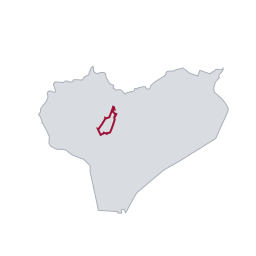 Samarra, Sala ad-Din, Iraq shown in context, rotated 289°
{"feature_id": "34846034B32095770002268", "entity_name": "Samarra", "entity_type": "district", "adm_level": 2, "iso_a3": "IRQ", "parent_name": "Iraq", "parent_adm1": "Sala ad-Din", "projection": "mercator", "projection_center": [43.854, 34.328], "detail": "fine", "context": "in_parent", "style": "outline", "palette": "rose", "viewbox_px": 256, "rotation_deg": 289, "n_neighbors": 0, "source": "geoboundaries", "source_scale": "gbopen_adm2", "svg_char_len": 4634}
<svg xmlns="http://www.w3.org/2000/svg" viewBox="0 0 256 256"><g transform="rotate(289 128 128)"><path d="M104.7,44.9L106.4,44.5L109.7,41.7L111.6,39.2L112.2,39.0L113.8,39.8L115.1,40.0L117.8,39.1L119.5,39.6L120.9,40.2L121.7,40.3L125.4,41.8L126.4,42.0L128.3,42.2L131.2,42.3L133.0,41.3L134.3,40.3L135.2,40.3L136.1,40.6L136.9,41.0L137.5,41.7L137.8,42.8L137.7,46.2L138.0,47.1L138.5,47.7L139.1,47.8L139.9,47.1L141.3,46.0L143.0,44.9L144.2,43.8L144.9,43.4L146.1,43.4L147.2,43.6L147.8,44.1L147.8,44.3L148.4,45.9L149.9,51.8L150.7,52.6L151.7,53.2L152.3,54.1L152.6,55.0L152.5,56.3L152.5,57.9L152.9,59.1L153.5,60.1L154.0,60.5L154.8,60.6L155.7,60.8L156.3,61.7L158.3,68.4L158.5,69.3L159.3,69.5L160.6,69.4L162.0,70.1L163.5,71.2L164.9,73.2L165.9,73.5L168.8,73.2L172.9,73.6L174.8,74.6L174.6,75.3L173.1,76.0L170.6,76.8L169.8,78.3L169.4,80.1L169.4,81.1L170.1,82.3L171.9,84.5L172.0,85.4L172.3,86.5L172.6,87.3L172.3,88.8L170.6,89.8L168.5,91.0L164.1,96.0L163.8,97.1L163.8,100.0L163.4,100.9L162.0,100.9L160.9,100.7L160.9,101.7L160.2,103.1L159.8,104.3L161.4,107.2L161.7,108.6L161.4,110.0L160.0,112.4L159.1,113.9L159.3,114.3L160.5,114.9L164.0,120.1L165.2,121.9L166.7,121.4L167.3,121.4L167.7,121.7L168.0,122.3L168.0,123.1L167.6,124.2L169.5,124.7L170.2,125.9L172.5,129.9L172.4,131.0L171.3,132.9L171.3,134.2L171.5,135.3L171.9,135.7L175.2,135.8L176.6,136.3L180.1,138.3L184.0,141.4L187.2,144.0L190.0,146.1L192.9,146.0L193.7,146.4L194.4,147.0L195.3,148.8L196.9,152.8L198.4,154.1L200.6,157.3L202.6,160.3L201.3,164.4L199.9,168.6L199.9,174.0L199.9,176.9L202.7,177.1L205.9,177.2L205.9,180.7L205.9,184.1L205.9,188.1L206.9,188.3L208.3,189.1L208.9,190.4L209.7,191.1L210.7,191.2L211.6,191.8L212.5,193.0L212.9,193.9L212.6,194.4L212.8,195.5L213.5,197.0L214.2,197.7L215.5,198.5L213.8,199.0L212.0,198.6L208.2,196.9L207.0,196.9L205.4,197.5L205.3,198.1L201.3,196.2L199.8,195.8L199.3,195.7L197.0,195.8L193.7,196.1L191.8,196.9L190.4,197.7L189.8,198.6L189.6,199.0L188.6,201.4L187.3,204.5L186.1,207.3L183.7,211.2L182.3,213.0L179.4,216.3L176.3,217.0L169.0,216.4L160.9,215.6L152.9,214.9L146.9,214.4L146.4,214.2L140.5,209.4L135.9,205.6L130.0,200.9L124.1,196.0L118.0,191.1L113.6,187.5L108.3,182.9L103.5,178.6L99.6,175.3L94.7,172.4L90.9,170.1L85.3,166.7L80.8,164.1L77.0,161.8L71.1,158.2L69.1,157.3L63.0,156.1L57.2,155.1L51.2,154.1L47.2,153.4L49.8,150.8L49.0,148.6L47.1,149.0L45.3,149.5L44.3,146.0L45.6,145.6L44.4,140.9L43.1,136.2L41.8,131.5L40.5,126.8L45.6,123.8L49.4,121.5L54.7,118.3L59.8,115.2L64.7,112.3L70.0,109.0L74.8,106.1L79.2,104.9L80.2,104.0L82.2,100.0L83.9,96.6L84.0,95.8L84.0,91.0L84.3,85.3L84.8,82.2L85.8,79.5L86.7,77.5L86.8,75.7L86.7,73.8L85.8,71.0L84.8,68.0L84.9,65.1L85.1,63.6L85.7,61.1L86.7,59.3L87.9,58.2L92.0,57.0L94.5,56.3L97.8,53.1L99.8,51.2L102.5,48.2L104.6,46.0L104.7,45.2L104.7,44.9Z" fill="#d9dde1" stroke="#a8b0b8" stroke-width="1"/><path d="M130.2,103.3L129.6,103.7L129.4,103.7L129.1,103.5L128.9,103.5L128.7,103.3L128.4,103.3L127.8,103.2L127.4,103.1L127.0,103.0L126.5,102.9L125.7,102.7L124.9,102.5L124.3,102.4L123.3,102.2L122.3,101.9L121.3,101.6L119.5,101.1L119.2,101.0L118.8,100.9L117.6,100.6L117.6,100.2L117.5,99.6L117.3,99.8L117.1,100.0L116.7,100.4L116.0,101.0L115.4,101.5L115.1,101.8L114.2,102.8L113.5,103.5L113.1,103.9L112.6,104.4L113.7,105.4L114.2,105.9L114.8,106.6L115.0,106.7L115.7,106.7L115.7,107.9L115.7,108.2L115.7,108.5L115.7,108.9L115.7,109.3L115.6,109.8L116.4,109.8L116.6,110.3L116.7,110.7L116.8,110.9L116.8,111.1L117.2,111.5L118.0,112.5L118.9,112.5L119.8,112.6L123.9,112.8L124.5,112.8L126.1,112.8L131.2,112.7L131.5,112.7L131.8,112.6L132.0,112.4L132.3,112.2L132.6,112.1L132.8,112.0L133.0,111.9L133.3,111.7L133.6,111.5L133.8,111.6L134.0,111.8L134.2,111.7L134.3,111.6L134.5,111.6L134.6,111.8L135.0,112.0L135.3,112.1L135.3,111.9L135.5,111.8L135.8,111.9L136.0,112.0L136.2,111.9L136.3,111.9L136.4,112.0L136.5,111.9L136.8,112.0L137.0,112.1L137.0,111.9L137.3,111.9L137.4,112.0L137.5,112.0L137.5,111.9L137.4,111.7L137.3,111.4L137.0,111.1L137.3,110.7L137.6,110.2L138.0,109.6L138.1,109.3L138.2,108.9L138.4,108.7L138.7,108.4L138.8,108.4L139.0,108.4L139.3,108.3L139.6,108.2L139.9,108.2L140.3,108.2L140.8,108.3L141.0,108.4L141.2,108.6L141.2,108.8L141.2,109.0L141.2,109.3L141.4,109.2L141.7,108.9L141.9,108.7L142.1,108.4L142.3,108.2L142.8,108.2L143.0,108.0L143.1,107.8L143.2,107.7L143.3,107.5L143.3,107.4L143.2,107.3L143.2,107.1L142.9,107.2L142.3,107.1L141.5,107.1L140.5,107.1L139.7,107.1L137.6,107.0L137.4,107.0L136.4,107.0L135.5,106.9L135.0,106.9L134.7,106.9L133.9,106.9L133.5,106.9L132.1,106.9L131.8,106.5L131.7,106.3L131.3,105.8L130.9,105.4L130.6,105.1L130.5,104.8L130.2,104.4L130.2,104.2L130.2,103.3Z" fill="none" stroke="#9f1239" stroke-width="2"/></g></svg>